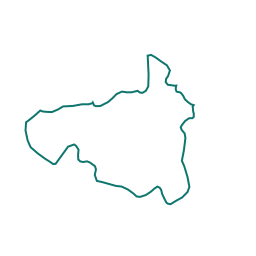 SVG path tracing the border of Probištip, rotated 216°
{"feature_id": "MKD-2904", "entity_name": "Probištip", "entity_type": "Statistical Region", "adm_level": 1, "iso_a3": "MKD", "parent_name": "North Macedonia", "parent_adm1": "", "projection": "mercator", "projection_center": [22.168, 41.948], "detail": "fine", "context": "isolated", "style": "outline", "palette": "teal", "viewbox_px": 256, "rotation_deg": 216, "n_neighbors": 0, "source": "natural_earth", "source_scale": "10m", "svg_char_len": 1455}
<svg xmlns="http://www.w3.org/2000/svg" viewBox="0 0 256 256"><g transform="rotate(216 128 128)"><path d="M171.4,127.9L168.9,126.4L167.0,126.7L163.4,129.4L159.4,137.2L158.1,142.8L157.2,148.8L154.3,153.9L149.7,156.3L145.9,159.2L142.1,163.7L139.2,163.7L137.0,164.9L135.4,168.5L136.1,173.6L142.8,183.4L154.6,198.1L152.3,200.7L147.2,201.3L139.6,201.3L133.4,201.6L127.9,199.2L126.1,193.5L126.1,190.3L124.5,187.3L121.2,186.4L115.0,189.7L113.9,190.7L113.5,189.7L112.2,187.4L110.1,186.0L108.7,186.5L107.1,187.4L105.4,187.4L102.3,186.5L98.9,184.7L94.8,184.2L91.0,184.2L88.3,185.1L88.3,183.4L84.7,179.4L83.1,178.2L81.3,175.4L81.7,173.8L84.3,171.8L85.9,167.4L86.1,162.5L85.9,159.7L83.7,158.1L79.0,156.9L75.7,153.7L69.7,142.9L65.2,133.2L59.8,130.0L50.9,123.2L43.7,116.4L42.2,111.1L43.4,103.5L46.1,97.9L48.8,91.4L49.4,91.1L51.2,90.2L53.0,90.2L56.3,91.8L61.4,94.6L64.9,97.5L67.3,98.3L69.7,97.9L70.9,95.0L72.1,89.8L74.2,84.2L77.8,79.3L80.8,77.7L85.3,78.2L91.8,78.2L98.7,76.9L103.6,74.1L116.5,69.3L122.1,66.9L127.3,70.5L129.6,75.7L132.3,77.7L138.6,77.7L141.6,76.9L144.3,74.1L147.0,72.9L149.7,73.3L152.3,76.5L155.3,81.4L159.5,83.0L161.9,83.0L165.5,77.7L165.5,68.5L165.5,56.4L167.6,54.8L170.9,54.8L177.2,54.4L185.8,54.4L195.4,55.2L201.7,58.8L209.4,65.7L213.8,72.7L212.9,75.6L211.0,82.4L209.2,90.6L206.8,91.2L202.9,93.5L198.9,96.2L195.6,101.7L193.2,107.3L185.6,113.4L179.1,120.2L173.9,124.0L171.3,127.2L171.4,127.9Z" fill="none" stroke="#0f766e" stroke-width="2"/></g></svg>